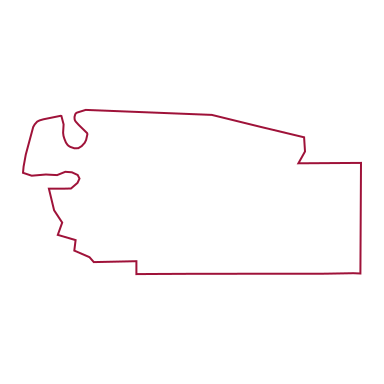 outline of Jefferson, Mississippi, United States of America
{"feature_id": "52423323B23830846230255", "entity_name": "Jefferson", "entity_type": "district", "adm_level": 2, "iso_a3": "USA", "parent_name": "United States of America", "parent_adm1": "Mississippi", "projection": "mercator", "projection_center": [-91.21, 31.74], "detail": "fine", "context": "isolated", "style": "outline", "palette": "rose", "viewbox_px": 384, "rotation_deg": 0, "n_neighbors": 0, "source": "geoboundaries", "source_scale": "gbopen_adm2", "svg_char_len": 889}
<svg xmlns="http://www.w3.org/2000/svg" viewBox="0 0 384 384"><path d="M48.9,188.7L54.1,210.3L62.2,222.6L57.8,234.9L75.6,240.1L74.3,250.6L89.5,257.2L93.8,262.1L136.4,261.2L136.4,274.1L150.6,274.0L192.8,273.8L324.9,273.7L353.5,273.2L360.4,273.5L360.7,218.3L361.0,162.9L298.4,163.3L305.0,151.5L304.1,137.3L261.5,127.1L211.8,114.9L85.7,109.9L77.0,112.6L75.8,113.4L75.2,114.4L74.5,117.0L74.6,119.2L75.0,120.5L75.8,121.7L78.7,124.9L87.1,133.1L87.4,134.2L86.1,140.0L84.7,142.8L81.7,146.1L78.3,148.2L74.4,148.3L70.3,146.9L68.5,145.8L67.4,144.7L65.9,142.5L64.4,138.8L63.5,135.9L63.1,132.8L63.6,124.4L61.4,116.0L60.7,115.8L43.4,119.3L39.6,120.4L37.2,121.6L34.7,124.4L33.2,127.0L25.8,154.5L23.6,166.5L23.0,172.8L31.7,175.7L45.9,174.5L49.2,174.7L57.1,175.1L65.3,171.8L71.9,172.3L77.7,175.0L79.5,178.6L77.5,182.9L71.0,188.5L62.3,188.7L48.9,188.7Z" fill="none" stroke="#9f1239" stroke-width="2"/></svg>